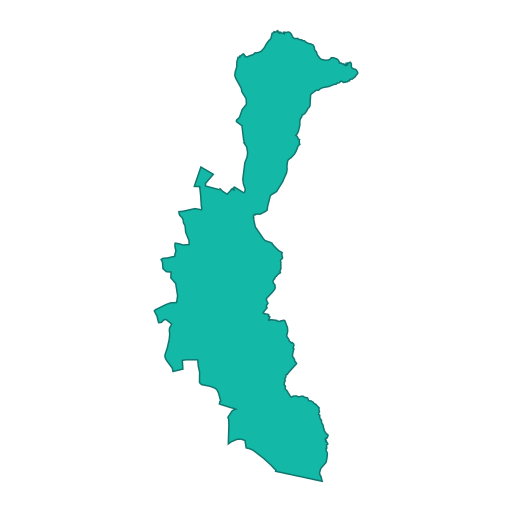 Buenavista, Sucre, Colombia
{"feature_id": "7082276B40450557639680", "entity_name": "Buenavista", "entity_type": "district", "adm_level": 2, "iso_a3": "COL", "parent_name": "Colombia", "parent_adm1": "Sucre", "projection": "robinson", "projection_center": [-74.939, 9.327], "detail": "fine", "context": "isolated", "style": "filled", "palette": "teal", "viewbox_px": 512, "rotation_deg": 0, "n_neighbors": 0, "source": "geoboundaries", "source_scale": "gbopen_adm2", "svg_char_len": 5997}
<svg xmlns="http://www.w3.org/2000/svg" viewBox="0 0 512 512"><path d="M238.1,57.3L236.9,61.6L236.7,67.1L235.2,71.9L234.8,75.3L235.6,78.0L241.2,88.2L241.9,91.8L246.1,98.6L246.4,103.7L246.0,104.9L242.2,109.5L239.6,117.0L238.9,118.0L236.6,120.0L236.3,121.1L236.7,121.9L241.8,125.6L242.0,126.2L243.5,139.0L244.1,141.6L244.6,143.0L244.1,143.0L246.7,147.0L247.5,151.9L247.5,154.1L246.9,157.6L245.1,161.9L244.7,163.9L242.8,179.2L243.4,183.9L245.2,189.0L244.9,191.2L244.4,192.5L243.4,192.6L234.6,187.1L234.3,187.4L234.1,187.3L233.4,188.3L234.3,190.1L233.9,190.3L232.7,188.5L231.5,189.2L231.6,189.3L229.2,192.1L227.1,194.2L222.6,191.3L220.1,188.8L219.0,189.6L205.5,186.0L205.5,183.4L213.3,174.3L200.9,167.0L194.3,186.4L199.7,186.6L200.6,194.9L201.4,206.9L201.8,207.6L201.6,209.8L194.9,208.6L183.2,211.2L178.9,211.7L179.3,214.3L179.8,215.4L182.1,217.7L183.1,219.7L183.5,223.0L185.0,225.5L185.7,232.4L189.0,240.5L189.1,244.6L183.0,245.0L179.7,243.9L175.2,243.1L174.9,244.8L175.0,247.0L175.9,250.8L174.8,254.9L174.7,256.4L172.3,256.8L167.4,258.0L163.0,258.3L161.1,259.5L162.4,261.8L163.0,268.7L166.4,271.7L171.1,272.1L170.8,277.8L175.7,283.5L177.6,295.8L176.6,302.5L170.5,302.9L166.1,304.5L155.5,309.7L154.3,310.9L157.0,316.2L158.6,322.7L161.5,322.4L163.5,320.1L165.9,319.4L171.7,324.1L169.6,328.0L169.3,330.0L169.7,334.3L169.2,339.5L167.3,347.9L165.1,354.4L164.9,356.3L165.4,358.3L166.9,360.9L172.3,368.2L173.0,371.5L182.9,369.1L182.3,360.4L185.8,359.8L197.7,359.8L198.4,366.9L199.6,372.1L199.5,382.2L200.1,383.3L201.6,384.6L210.1,386.3L215.0,388.2L216.3,389.2L217.2,390.3L218.6,393.3L220.7,401.0L219.8,401.6L219.4,404.0L230.9,407.7L233.7,408.3L235.7,409.2L233.7,409.8L232.1,410.9L227.9,417.3L228.7,419.5L228.9,424.6L228.3,443.9L231.2,441.8L236.8,439.4L241.0,439.1L245.0,440.5L246.2,447.9L249.6,448.7L253.2,450.3L263.7,458.4L271.0,465.1L274.1,468.5L275.9,470.0L275.6,471.3L322.2,481.3L320.9,476.3L319.8,474.5L319.6,472.4L320.8,468.4L325.7,462.8L326.3,461.7L327.1,457.0L327.4,453.6L327.2,452.7L326.3,451.0L326.0,448.8L326.9,448.0L326.5,446.9L326.6,446.1L326.4,445.0L327.7,444.3L327.8,443.8L327.2,442.6L326.5,442.1L326.4,441.1L325.7,441.3L325.8,440.2L325.4,439.8L325.7,439.5L325.4,438.7L326.0,438.7L326.5,437.7L327.1,437.9L328.1,435.6L327.8,434.6L327.4,434.6L327.2,434.2L326.3,433.8L324.2,430.5L324.0,428.9L323.6,428.4L323.3,426.1L322.6,424.2L322.0,423.6L321.4,421.4L321.5,420.2L320.8,419.7L320.7,419.2L319.9,418.1L319.6,416.1L319.8,415.2L318.8,414.5L318.6,414.0L318.6,413.2L319.5,411.7L318.9,409.9L319.1,407.8L317.0,405.8L316.1,404.5L314.2,403.6L313.1,402.2L311.0,400.9L309.4,400.9L308.7,400.6L307.6,398.0L307.0,397.7L304.6,397.3L303.1,396.3L302.3,396.1L298.3,396.9L296.3,395.9L292.9,396.2L291.6,397.1L291.1,397.0L290.2,396.2L288.8,393.7L288.0,392.8L287.5,391.4L285.2,388.9L285.1,387.8L285.5,386.4L285.0,385.6L284.3,385.3L284.3,382.7L285.2,380.8L284.8,379.0L285.8,377.2L285.9,375.1L286.5,374.5L287.2,374.5L288.4,372.7L296.6,363.6L295.8,362.2L294.8,361.3L294.5,359.5L293.5,357.6L292.7,356.9L292.5,356.2L292.7,353.5L293.9,348.8L293.1,348.2L293.9,345.3L293.8,344.2L292.3,342.6L291.6,343.0L291.2,342.9L290.8,342.1L289.6,341.5L288.7,339.3L286.6,336.1L287.7,331.3L287.5,327.7L284.8,320.6L283.3,320.2L281.8,321.0L281.1,320.7L279.7,321.5L279.0,321.2L277.7,321.3L276.8,320.4L272.7,319.9L270.3,319.7L269.4,320.4L268.9,320.4L268.6,319.7L269.9,317.0L269.4,316.5L268.4,316.3L268.7,314.8L267.3,314.2L264.6,313.8L263.8,313.1L263.2,313.0L263.6,312.0L267.1,307.7L266.3,306.5L266.3,305.8L268.0,303.2L267.1,301.7L266.5,299.9L266.3,298.7L273.0,291.5L275.0,288.7L275.2,287.5L274.9,284.9L273.5,283.2L273.0,281.9L273.1,280.9L273.6,279.8L274.8,278.6L274.9,277.6L275.3,277.0L276.4,276.3L277.4,274.9L279.6,273.1L280.4,272.8L280.4,272.2L280.0,271.8L280.1,270.4L280.9,268.8L281.0,267.8L280.6,266.1L281.0,265.1L280.8,264.4L280.9,262.3L280.5,261.1L280.5,260.3L281.1,259.4L282.4,258.4L282.5,257.0L282.1,256.4L282.0,255.1L281.7,254.4L282.2,252.6L278.6,250.6L273.8,245.8L271.9,243.2L270.7,242.5L265.1,240.6L263.4,238.8L255.3,226.9L253.7,219.5L253.5,218.2L253.8,218.1L253.4,215.8L254.1,214.9L255.3,214.8L255.2,214.3L256.0,214.1L260.3,214.1L265.7,211.3L267.2,210.0L267.6,206.4L270.3,195.8L271.0,195.0L276.6,191.5L283.0,181.1L283.3,180.0L286.5,173.0L287.1,169.3L286.9,166.1L287.6,161.1L288.3,159.7L291.4,157.4L294.5,154.0L296.2,151.0L298.2,145.7L299.9,144.4L299.4,143.2L299.3,140.0L299.5,139.6L298.4,139.1L297.2,136.7L296.4,135.6L295.9,135.5L297.7,132.9L298.4,131.1L299.8,125.5L299.9,120.5L300.6,118.5L301.5,117.3L302.0,115.2L304.1,114.1L305.1,113.2L306.7,111.0L307.7,108.8L309.5,106.9L310.0,105.6L310.6,95.2L311.1,94.1L316.2,90.2L318.7,90.2L320.0,88.9L322.5,87.7L328.5,86.6L334.2,84.4L336.3,84.1L337.0,83.2L339.4,82.7L340.7,81.2L342.4,81.5L343.3,82.5L344.6,82.3L345.0,82.0L345.4,82.2L346.7,81.7L347.2,81.9L348.6,80.8L349.6,80.8L349.7,79.7L351.0,79.1L352.3,79.1L353.1,78.2L354.6,77.4L357.7,73.4L357.7,72.3L356.0,69.7L354.9,69.1L353.6,69.0L351.8,67.7L351.3,66.5L351.4,64.0L350.5,62.3L349.7,62.3L349.1,62.9L347.2,63.0L347.2,63.9L347.5,64.5L347.1,65.0L346.8,64.8L347.0,64.3L346.1,63.7L346.2,65.5L345.7,65.6L344.3,64.9L344.5,64.5L344.0,64.4L343.8,63.9L342.8,64.1L341.2,63.1L339.6,63.1L339.7,62.3L338.9,61.7L338.6,60.5L336.8,58.9L333.4,57.7L331.3,57.7L329.9,59.4L328.0,60.1L324.4,60.2L323.0,59.6L321.4,59.4L320.2,58.6L317.4,55.0L316.3,51.7L314.7,50.1L314.2,47.0L313.1,45.0L310.9,44.0L308.0,43.3L305.9,42.2L304.5,40.8L302.4,40.7L302.0,39.9L298.9,39.5L297.8,38.4L295.2,38.6L294.4,38.4L292.8,37.3L291.3,34.1L290.3,32.9L288.8,32.0L286.1,32.4L283.6,32.2L283.6,32.4L284.8,32.8L284.5,33.8L280.6,32.7L280.6,32.2L280.1,32.2L279.7,33.3L278.3,32.6L278.6,31.8L277.5,31.4L277.6,30.7L277.0,30.9L277.1,31.5L274.7,32.3L274.5,31.8L274.0,31.7L273.8,32.5L272.1,33.3L271.4,36.7L270.9,38.2L270.0,39.7L269.0,40.3L266.3,44.0L264.5,47.5L261.2,51.3L258.1,52.6L254.9,52.9L253.2,54.6L249.5,55.8L246.7,57.1L245.1,56.3L245.2,56.0L244.4,55.4L244.2,54.7L243.6,53.9L242.8,54.1L240.3,56.1L239.8,56.1L239.8,57.3L238.1,57.3Z" fill="#14b8a6" stroke="#0f766e" stroke-width="1.5"/></svg>